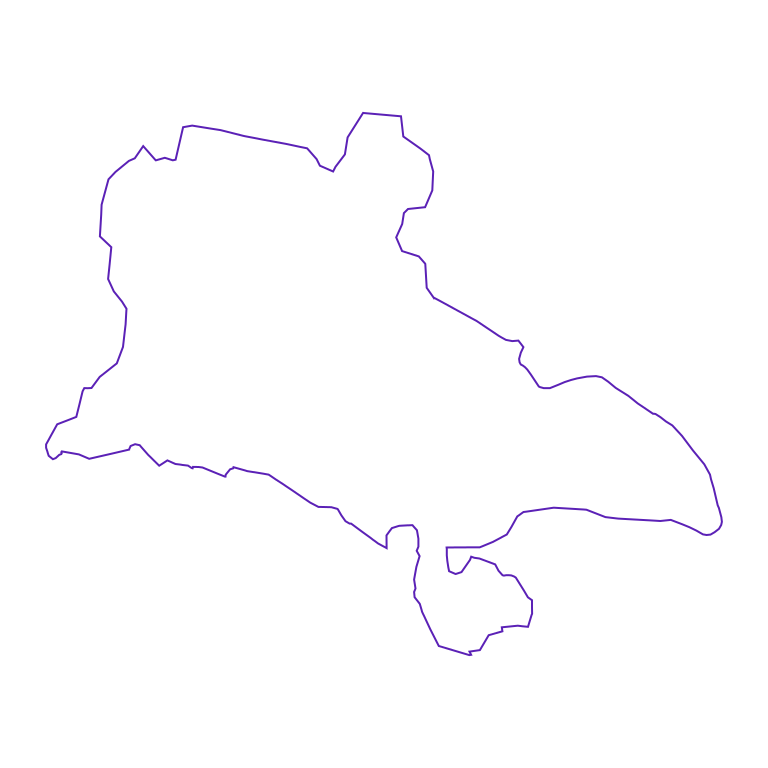 the district of Dimnat Khadir, Ta`izz, Yemen
{"feature_id": "15242507B32780307406374", "entity_name": "Dimnat Khadir", "entity_type": "district", "adm_level": 2, "iso_a3": "YEM", "parent_name": "Yemen", "parent_adm1": "Ta`izz", "projection": "natural_earth1", "projection_center": [44.257, 13.441], "detail": "fine", "context": "isolated", "style": "outline", "palette": "violet", "viewbox_px": 768, "rotation_deg": 0, "n_neighbors": 0, "source": "geoboundaries", "source_scale": "gbopen_adm2", "svg_char_len": 4311}
<svg xmlns="http://www.w3.org/2000/svg" viewBox="0 0 768 768"><path d="M386.6,548.1L386.5,535.4L389.4,531.4L391.6,528.5L391.9,528.1L392.2,528.0L394.1,527.4L397.9,526.2L399.3,525.8L408.1,525.3L409.3,525.3L411.6,525.2L411.9,525.2L412.4,525.2L412.5,525.2L413.5,526.4L416.9,530.2L417.3,532.3L418.4,538.7L418.4,541.1L418.4,546.7L416.7,550.8L419.6,556.1L416.4,566.8L415.6,571.2L414.2,579.0L414.1,579.6L415.5,588.5L414.1,592.0L414.3,594.0L414.6,597.2L415.7,598.6L419.8,603.9L420.1,604.9L420.4,605.9L421.7,610.3L422.0,611.6L423.0,613.8L424.0,615.8L425.9,619.9L430.4,629.5L433.1,634.8L438.8,646.0L469.3,655.1L471.1,654.8L469.5,651.6L479.9,650.1L488.7,635.2L502.4,631.3L501.8,627.3L517.8,625.7L522.7,626.3L528.0,626.8L531.6,614.9L532.1,613.8L532.0,607.1L532.0,605.4L532.0,600.2L527.9,597.3L524.0,590.7L515.8,577.6L514.1,576.5L511.3,575.4L508.8,575.2L506.2,575.2L503.9,575.6L502.5,575.2L498.5,570.7L495.2,564.4L479.4,558.5L474.4,557.8L471.2,556.7L470.0,559.9L461.5,572.1L455.7,574.0L455.3,573.9L449.1,571.2L448.3,567.3L447.3,560.7L447.1,558.5L446.8,555.4L446.8,553.8L446.8,549.0L446.6,547.5L457.5,547.4L460.9,547.4L462.7,547.4L464.8,547.4L469.6,547.3L470.5,547.3L479.8,547.3L482.8,546.1L492.7,542.0L492.8,542.0L493.5,541.6L501.4,537.4L501.5,537.3L506.8,534.5L511.4,527.0L517.3,516.4L519.5,514.9L521.1,513.7L523.5,512.0L526.0,511.7L553.7,507.7L583.7,509.5L586.3,509.7L586.9,509.9L605.4,517.1L616.4,518.4L618.2,518.6L652.2,520.5L660.3,521.0L670.8,519.9L682.3,524.3L689.4,527.2L696.4,530.6L700.2,532.8L703.0,534.4L704.9,534.7L706.5,535.0L710.5,534.6L714.6,532.2L719.0,528.8L721.2,525.0L721.9,521.8L721.4,517.7L721.4,517.4L718.9,508.0L717.7,505.3L713.7,488.2L711.0,479.2L710.0,474.6L704.3,464.3L692.9,450.4L682.0,435.9L672.3,425.4L666.0,421.5L660.5,417.2L655.5,414.0L653.8,413.7L653.1,413.8L637.7,403.4L628.4,395.9L615.7,387.9L608.2,381.7L601.9,377.3L596.0,376.1L587.0,376.6L577.1,378.4L571.0,380.0L564.6,382.1L558.5,384.7L550.0,388.1L543.6,388.1L540.0,387.1L538.8,386.5L530.9,374.6L527.3,369.6L525.0,367.2L522.9,365.6L520.8,364.5L519.6,362.3L519.1,358.9L520.8,352.7L522.5,349.1L523.4,347.1L518.4,340.6L512.3,341.1L506.0,339.9L505.6,339.7L501.6,337.5L498.7,335.8L476.5,320.9L471.3,318.1L439.9,300.9L435.6,298.6L433.9,297.7L433.8,297.9L426.7,287.8L425.3,264.1L425.2,263.7L418.8,256.4L402.1,251.1L396.2,237.4L402.2,224.0L403.9,213.1L408.0,209.0L425.1,207.2L427.6,201.4L432.3,190.4L433.1,173.4L433.2,171.5L429.8,159.1L429.0,155.2L420.3,148.5L403.3,136.5L401.0,116.3L394.2,115.7L364.6,113.1L363.1,112.9L347.6,137.4L344.9,154.4L335.5,166.8L333.1,171.5L319.9,165.7L316.6,159.1L308.0,149.3L307.1,148.3L300.6,147.0L288.0,144.3L285.5,143.8L262.6,139.6L258.0,138.7L257.6,138.6L244.9,136.2L243.1,135.8L226.5,131.6L220.5,130.1L210.8,128.6L192.2,125.6L183.1,127.2L175.6,159.7L172.8,160.3L171.2,159.8L167.1,158.5L164.8,157.8L156.0,160.3L155.7,160.3L143.2,146.1L134.8,158.3L128.9,160.9L115.5,171.9L108.5,179.3L101.6,204.7L101.2,214.8L99.9,236.4L111.3,247.2L109.6,264.6L108.1,279.0L112.2,287.9L113.8,291.4L122.0,301.6L126.5,308.8L126.3,311.7L125.6,324.3L124.5,333.7L123.0,346.9L116.8,363.4L115.9,364.1L99.7,376.9L91.5,388.0L87.7,388.2L84.3,388.1L82.6,391.3L79.5,404.1L76.3,416.9L68.9,419.8L57.2,424.3L50.5,436.4L48.6,439.9L46.1,444.4L46.1,447.8L47.5,451.9L47.6,452.4L47.7,452.6L47.7,452.8L48.7,455.8L52.9,459.2L55.7,458.1L59.3,454.8L61.3,454.1L61.7,453.2L61.3,452.2L61.8,451.4L78.9,454.4L89.2,458.8L111.5,453.7L129.1,449.6L129.1,449.4L130.6,446.0L135.1,444.2L139.7,445.2L140.8,446.5L148.2,454.9L150.7,457.3L154.2,460.8L159.2,465.7L159.7,465.4L167.4,460.4L175.4,464.0L179.7,464.5L180.4,464.6L181.7,464.8L182.0,464.9L188.0,465.6L191.8,468.1L192.6,468.3L193.0,466.9L198.6,467.0L202.5,467.5L218.4,474.0L224.9,476.6L225.5,476.6L225.7,474.7L230.1,469.3L233.2,468.3L233.5,467.2L245.3,470.5L247.1,471.1L253.4,472.1L253.7,472.1L263.4,473.7L267.3,474.4L268.6,474.6L270.6,475.9L276.3,479.8L277.5,480.5L278.0,480.9L283.0,484.1L283.7,484.6L284.8,485.3L285.0,485.5L291.0,489.5L303.4,498.0L310.2,502.6L318.4,506.9L323.3,507.0L331.3,507.2L337.1,508.8L337.6,509.0L338.1,509.7L341.4,515.4L345.5,521.2L349.6,523.6L350.1,523.6L351.1,523.6L351.8,524.1L362.6,532.1L370.5,537.8L373.3,540.0L374.2,540.6L374.5,540.8L378.1,543.5L378.3,543.6L378.5,543.7L382.7,546.0L384.6,547.0L385.2,547.3L385.7,547.6L386.6,548.1Z" fill="none" stroke="#5b21b6" stroke-width="2"/></svg>